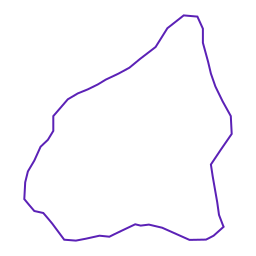 Kakopetria, Nicosia, Cyprus (Equal Earth projection)
{"feature_id": "46923920B80609054396383", "entity_name": "Kakopetria", "entity_type": "district", "adm_level": 2, "iso_a3": "CYP", "parent_name": "Cyprus", "parent_adm1": "Nicosia", "projection": "equal_earth", "projection_center": [32.895, 34.968], "detail": "fine", "context": "isolated", "style": "outline", "palette": "violet", "viewbox_px": 256, "rotation_deg": 0, "n_neighbors": 0, "source": "geoboundaries", "source_scale": "gbopen_adm2", "svg_char_len": 794}
<svg xmlns="http://www.w3.org/2000/svg" viewBox="0 0 256 256"><path d="M197.4,16.6L183.7,15.4L167.4,28.2L155.6,47.0L140.2,58.8L129.4,67.7L118.5,73.6L105.8,79.6L97.7,84.5L87.7,89.4L77.8,93.4L67.8,99.3L53.3,116.1L53.3,130.9L47.9,139.8L40.6,146.7L34.3,160.6L27.9,171.4L25.2,182.3L24.3,199.1L29.0,204.8L34.3,211.0L43.3,213.0L48.1,218.6L52.4,223.8L55.8,228.4L57.3,230.4L64.2,239.7L75.9,240.6L85.9,238.7L99.5,235.7L109.4,236.7L114.0,234.4L121.9,230.6L135.2,224.3L140.7,225.6L148.9,224.6L162.1,227.7L163.7,228.4L189.5,239.9L206.0,239.6L209.0,238.1L213.6,235.7L223.6,226.8L222.8,224.9L219.0,214.9L217.2,202.1L212.7,176.4L210.9,164.5L220.8,149.7L231.7,133.9L230.8,116.1L222.6,101.3L215.4,86.5L210.9,73.6L208.1,61.8L202.9,42.8L202.9,28.7L197.4,16.6Z" fill="none" stroke="#5b21b6" stroke-width="2"/></svg>